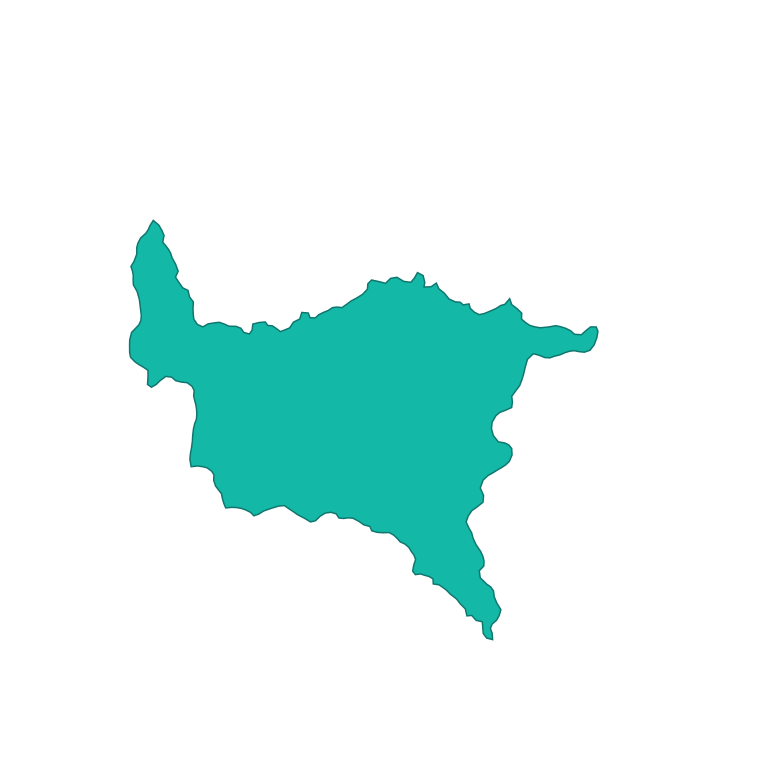 Morro da Garça, Minas Gerais, Brazil (Albers equal-area conic projection), rotated 53°
{"feature_id": "56859067B41000943764258", "entity_name": "Morro da Garça", "entity_type": "district", "adm_level": 2, "iso_a3": "BRA", "parent_name": "Brazil", "parent_adm1": "Minas Gerais", "projection": "albers", "projection_center": [-44.635, -18.604], "detail": "fine", "context": "isolated", "style": "filled", "palette": "teal", "viewbox_px": 768, "rotation_deg": 53, "n_neighbors": 0, "source": "geoboundaries", "source_scale": "gbopen_adm2", "svg_char_len": 3878}
<svg xmlns="http://www.w3.org/2000/svg" viewBox="0 0 768 768"><g transform="rotate(53 384 384)"><path d="M114.5,469.8L116.6,475.4L118.8,479.3L120.3,483.4L120.9,490.4L123.4,495.7L126.2,499.3L131.5,503.3L135.6,509.8L137.9,515.4L142.2,516.8L146.1,518.7L149.9,521.7L154.0,524.5L161.6,525.5L169.0,528.4L173.3,530.8L177.2,533.1L183.1,536.5L187.0,540.0L189.3,544.3L190.0,548.8L190.9,554.5L195.7,560.5L200.5,564.3L205.8,568.2L210.1,570.3L216.3,569.6L221.4,567.9L225.9,566.0L231.1,564.3L236.8,568.6L242.0,573.1L246.6,571.7L247.3,566.0L246.6,561.1L246.6,553.7L250.7,549.5L256.1,548.3L260.7,544.5L264.5,540.4L270.1,538.7L274.9,539.5L279.0,543.2L283.5,545.2L287.7,546.9L292.0,549.3L295.9,552.0L299.3,555.1L301.6,558.9L305.3,563.3L310.6,568.3L314.4,571.5L319.0,576.0L323.0,580.4L327.4,584.4L334.0,587.8L337.2,582.3L340.9,578.6L344.3,575.8L349.8,574.1L354.1,574.4L358.4,578.0L364.1,579.9L368.9,579.9L373.7,579.8L378.3,582.0L382.7,583.7L387.7,585.0L390.9,579.8L393.8,576.3L397.3,572.9L401.8,570.0L406.2,567.8L411.0,567.2L412.5,562.3L413.0,556.5L415.4,549.0L418.0,541.8L421.2,536.7L427.0,534.8L431.5,533.2L436.3,531.7L443.2,528.4L450.0,525.6L452.0,520.9L451.1,514.3L451.8,508.4L454.6,503.5L459.0,500.3L463.9,500.6L467.1,497.2L469.5,492.9L472.6,489.5L478.6,486.7L484.3,484.9L489.3,481.0L493.9,482.1L498.4,478.7L502.1,474.4L505.8,469.2L510.5,467.2L515.1,466.4L519.7,466.1L524.7,463.5L529.5,462.5L534.1,463.0L538.6,463.0L543.2,464.4L546.6,469.3L550.7,473.7L555.1,473.7L557.7,469.1L561.2,466.7L564.9,463.8L569.1,462.1L573.3,465.0L577.5,460.9L585.5,458.3L591.8,457.5L599.4,455.4L605.4,455.4L612.5,454.4L619.1,457.3L621.6,453.2L628.2,452.7L633.0,448.6L637.8,451.6L643.0,454.9L648.7,454.9L653.5,451.1L648.3,447.7L643.3,446.2L640.8,442.2L640.4,436.3L638.2,431.3L634.6,426.5L626.6,425.7L620.2,424.0L615.2,421.1L610.2,420.9L605.4,422.5L600.9,423.1L596.7,423.8L590.5,420.3L589.4,413.8L585.6,410.7L581.6,408.9L576.1,407.6L567.8,407.2L560.8,405.7L555.4,403.5L550.9,403.0L543.7,401.5L540.1,396.2L538.0,390.0L538.2,384.1L538.0,376.1L533.0,371.6L525.0,369.7L520.4,362.7L519.7,355.8L520.4,351.0L520.9,345.3L521.6,339.6L521.8,335.2L521.2,330.4L517.7,324.4L512.3,320.8L507.7,321.0L503.8,323.0L499.0,327.5L491.0,327.7L484.4,325.1L479.6,320.7L476.6,313.5L476.4,308.5L478.0,303.1L479.6,296.2L475.7,292.3L470.7,289.4L468.6,282.5L467.0,276.8L463.8,271.6L460.1,266.5L455.8,261.4L450.6,254.5L449.7,246.5L454.4,242.8L459.5,239.8L462.9,235.9L464.3,231.3L466.6,226.0L467.9,220.5L469.6,215.9L471.9,212.0L475.7,208.6L479.2,204.8L481.0,199.2L479.2,192.6L475.0,186.0L470.6,181.4L466.1,180.2L462.7,184.8L462.9,190.3L463.4,196.8L459.0,201.9L453.8,202.9L449.2,205.2L444.6,208.4L440.8,211.7L437.6,218.1L433.2,225.3L429.1,229.2L424.9,232.3L420.1,234.0L414.9,235.1L410.3,231.4L404.3,232.3L397.5,234.2L391.5,232.3L393.1,239.5L391.5,243.7L391.2,248.9L389.6,255.7L388.0,261.7L385.9,266.2L381.1,268.6L375.4,269.6L371.2,267.9L368.5,273.1L364.4,274.0L361.4,277.6L355.3,280.9L347.7,281.2L340.8,282.9L334.9,281.5L334.7,287.9L330.6,293.7L327.4,290.3L321.0,287.5L315.2,290.2L317.7,296.0L318.9,301.4L313.9,306.5L306.6,309.4L303.6,315.2L304.5,322.2L299.3,326.3L293.5,331.3L294.2,336.5L298.3,340.2L299.5,347.0L298.8,354.8L297.9,360.1L297.9,365.1L297.7,371.6L294.3,375.2L292.0,379.1L291.7,384.4L290.3,389.6L289.4,394.7L289.9,399.1L286.5,403.2L281.7,401.8L277.4,406.6L281.4,412.2L280.1,419.1L282.4,425.6L281.2,430.4L279.8,435.2L274.6,436.7L270.3,438.2L267.3,441.6L263.0,441.5L259.8,446.6L257.2,452.7L261.7,457.0L263.0,461.5L258.4,465.0L253.4,464.7L248.9,467.5L244.5,473.1L240.3,475.3L235.6,478.4L232.8,483.2L230.1,488.3L229.4,494.3L224.1,497.2L217.8,496.9L213.9,494.6L209.1,491.4L203.8,486.9L197.4,486.9L191.3,484.2L186.0,486.9L178.9,486.6L173.2,486.2L170.0,480.5L162.7,478.3L155.7,477.3L150.8,475.6L146.5,475.1L142.3,475.1L137.6,475.4L133.0,470.3L128.3,469.1L121.8,468.2L114.5,469.8Z" fill="#14b8a6" stroke="#0f766e" stroke-width="1.5"/></g></svg>